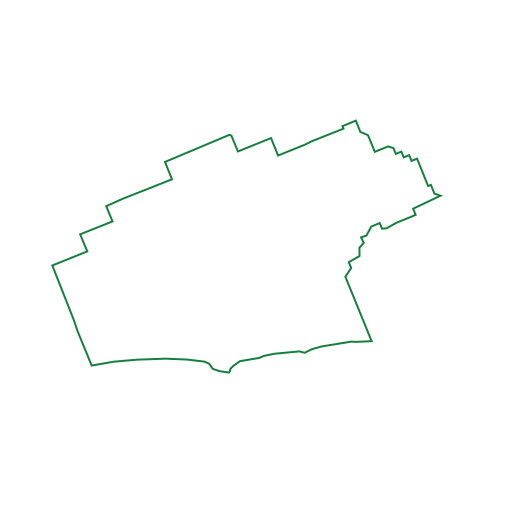 outline of Coos, Oregon, United States of America, rotated 248°
{"feature_id": "52423323B77484921359838", "entity_name": "Coos", "entity_type": "district", "adm_level": 2, "iso_a3": "USA", "parent_name": "United States of America", "parent_adm1": "Oregon", "projection": "equal_earth", "projection_center": [-124.106, 43.139], "detail": "fine", "context": "isolated", "style": "outline", "palette": "green", "viewbox_px": 512, "rotation_deg": 248, "n_neighbors": 0, "source": "geoboundaries", "source_scale": "gbopen_adm2", "svg_char_len": 1061}
<svg xmlns="http://www.w3.org/2000/svg" viewBox="0 0 512 512"><g transform="rotate(248 256 256)"><path d="M344.1,399.3L344.0,384.8L341.3,384.8L341.5,349.7L340.9,343.6L340.9,314.1L359.7,314.1L359.7,278.4L376.7,278.3L378.3,276.8L377.3,206.9L358.6,206.8L359.0,153.6L358.3,135.8L341.8,135.9L342.0,101.1L323.5,101.3L323.5,63.6L264.8,63.1L252.9,62.4L216.0,62.6L211.3,84.5L204.4,107.0L194.6,133.9L185.7,153.5L177.4,168.6L173.7,172.2L167.5,173.7L162.9,179.0L158.1,187.2L158.9,188.7L160.9,189.9L162.5,193.5L164.5,201.8L160.3,220.8L160.4,226.0L158.4,236.7L151.3,260.5L148.0,265.0L148.7,272.6L147.5,283.3L140.9,312.4L139.1,316.1L133.7,331.3L203.3,331.1L209.3,339.8L215.5,339.7L217.2,352.0L224.9,355.0L227.8,360.8L233.9,360.4L233.6,366.1L240.1,373.9L240.2,383.0L234.1,383.1L232.8,387.4L234.2,398.8L234.3,419.4L241.0,419.4L242.8,449.6L247.1,444.8L256.4,444.8L256.4,441.8L285.9,441.8L285.9,435.8L292.1,435.8L292.1,429.9L298.3,429.9L298.3,423.9L304.5,423.9L308.1,419.5L308.1,405.2L326.1,405.1L332.0,399.2L344.1,399.3Z" fill="none" stroke="#15803d" stroke-width="2"/></g></svg>